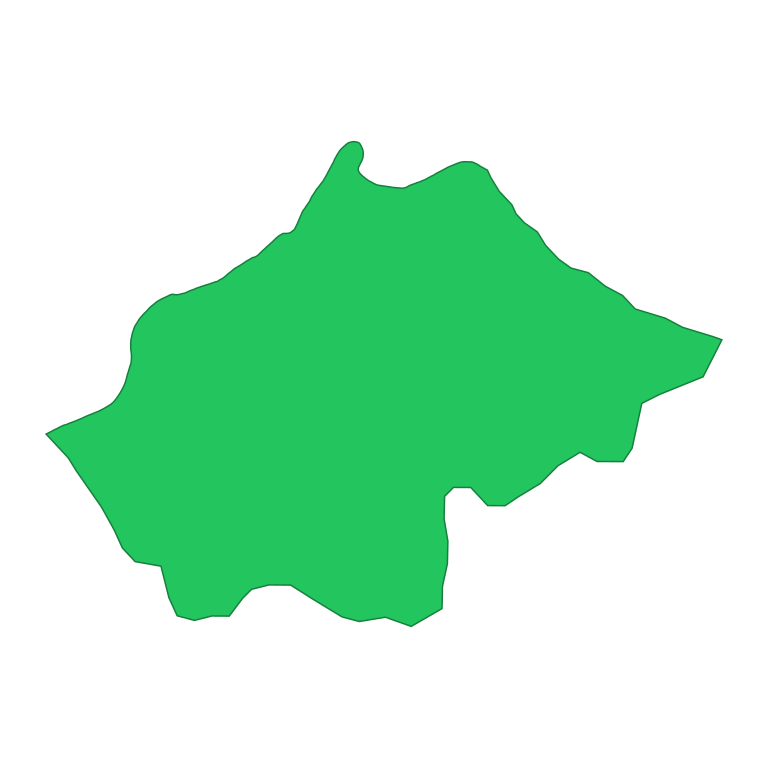 Sakju, P'yŏngan-bukto, North Korea (Robinson projection)
{"feature_id": "82179303B80718033581165", "entity_name": "Sakju", "entity_type": "district", "adm_level": 2, "iso_a3": "PRK", "parent_name": "North Korea", "parent_adm1": "P'yŏngan-bukto", "projection": "robinson", "projection_center": [124.843, 40.331], "detail": "fine", "context": "isolated", "style": "filled", "palette": "green", "viewbox_px": 768, "rotation_deg": 0, "n_neighbors": 0, "source": "geoboundaries", "source_scale": "gbopen_adm2", "svg_char_len": 6092}
<svg xmlns="http://www.w3.org/2000/svg" viewBox="0 0 768 768"><path d="M487.4,170.1L486.5,169.7L485.2,169.0L483.9,168.2L482.5,167.5L481.1,166.8L480.2,166.2L479.4,165.6L478.4,164.9L477.4,164.3L475.9,163.6L474.7,163.0L473.5,162.5L472.5,162.1L471.3,161.9L469.8,161.9L468.7,161.8L467.1,161.8L465.7,161.7L463.1,161.8L461.9,162.0L460.6,162.2L459.5,162.6L455.8,163.9L454.6,164.5L453.3,165.0L451.9,165.6L449.6,166.5L448.5,167.0L447.5,167.4L446.2,168.2L444.7,169.0L443.6,169.6L442.1,170.4L440.9,171.0L439.6,171.7L438.4,172.3L437.2,172.9L435.9,173.7L434.5,174.6L432.8,175.5L430.5,176.6L429.7,177.1L428.5,177.7L425.9,179.2L424.6,179.8L423.3,180.3L422.0,180.9L420.7,181.4L419.3,182.0L416.7,182.8L415.5,183.3L414.3,183.8L413.1,184.1L409.6,185.5L408.3,186.2L407.1,186.9L405.7,187.5L404.3,188.0L402.8,188.1L401.4,188.2L399.8,188.0L397.1,187.8L392.1,187.3L390.5,187.0L387.9,186.6L386.5,186.4L384.8,186.2L382.9,185.9L381.6,185.7L380.1,185.5L378.5,185.2L377.2,185.0L375.8,184.4L374.1,183.6L372.6,182.8L371.4,182.1L369.9,181.4L368.6,180.6L367.5,179.8L366.5,179.2L365.4,178.4L364.3,177.4L363.2,176.6L362.2,175.7L361.3,174.8L360.3,173.8L359.6,173.0L359.1,172.2L358.6,171.2L358.3,170.1L358.3,168.7L358.5,167.3L359.5,165.4L360.0,164.3L360.5,163.2L361.3,161.9L361.8,160.7L362.2,159.8L362.6,158.7L362.9,157.7L363.1,156.4L363.2,155.0L363.3,153.7L363.2,152.4L363.1,151.3L362.8,150.1L362.5,148.9L361.6,147.0L361.1,145.9L360.6,144.9L360.0,143.9L359.3,143.2L358.3,142.5L357.5,142.2L356.5,142.0L354.1,141.6L353.0,141.6L351.9,141.9L350.8,142.1L350.0,142.3L349.1,142.6L348.1,143.0L347.4,143.5L345.8,144.7L345.1,145.4L344.3,146.1L343.4,146.8L342.6,147.7L341.8,148.4L341.1,149.1L340.3,150.0L339.5,151.0L338.8,152.1L337.2,154.6L336.6,155.7L336.0,156.9L335.3,158.0L334.6,159.3L334.1,160.5L333.5,162.1L332.7,163.4L332.0,164.7L331.2,166.2L330.7,167.3L330.1,168.2L329.4,169.5L328.7,170.9L327.9,172.3L327.3,173.6L326.6,175.0L325.8,176.3L325.1,177.6L324.3,178.9L323.6,180.1L322.8,181.4L322.0,182.5L321.0,183.6L320.3,184.6L319.6,185.5L318.8,186.6L317.9,187.8L317.0,188.8L316.3,189.7L315.6,190.8L314.8,192.1L313.4,194.3L312.6,195.4L311.9,196.5L311.2,197.8L310.6,199.0L310.1,200.1L309.5,201.4L308.7,202.6L307.9,203.7L307.0,205.0L305.6,207.1L304.8,208.4L303.6,209.9L302.6,211.3L302.1,212.5L301.5,213.8L301.0,215.0L300.3,216.5L299.8,217.8L299.2,219.2L298.5,220.8L297.6,223.0L297.2,224.0L296.2,225.9L295.7,227.1L295.1,228.1L294.6,229.1L294.0,229.8L293.2,230.5L292.5,231.0L291.7,231.6L291.1,232.1L290.4,232.6L289.7,232.9L289.0,233.1L288.2,233.3L286.1,233.4L284.7,233.4L283.5,233.5L282.5,233.7L281.7,234.2L279.7,235.4L278.7,236.1L277.6,236.9L276.7,237.7L275.4,238.8L274.4,239.9L273.4,240.8L272.3,241.9L271.1,242.9L270.0,244.0L268.7,245.1L267.6,246.1L266.3,247.2L265.3,248.3L263.1,250.2L260.7,252.5L259.6,253.6L258.3,254.9L257.1,255.8L256.0,256.5L255.0,257.0L254.1,257.3L253.1,257.4L251.9,258.0L250.7,258.7L249.3,259.5L248.3,260.1L247.0,260.8L245.8,261.5L244.7,262.3L243.5,263.1L242.2,264.0L239.7,265.6L238.5,266.3L237.2,267.1L236.0,267.8L235.0,268.3L232.9,269.9L232.1,270.6L230.2,272.2L229.2,272.9L228.4,273.5L227.7,274.1L227.0,274.9L226.0,275.7L225.0,276.6L224.0,277.3L223.0,278.1L222.0,278.7L220.8,279.3L219.6,279.9L218.6,280.6L217.2,281.5L216.2,281.7L214.9,282.0L213.4,282.6L211.5,283.2L209.7,283.9L207.9,284.4L206.0,285.0L204.1,285.6L202.7,286.1L201.1,286.6L199.4,287.2L197.4,287.9L196.1,288.3L194.5,289.1L192.6,289.8L190.9,290.4L189.4,291.0L187.9,291.7L186.6,292.3L184.8,293.1L183.2,293.4L180.5,294.1L179.2,294.4L178.2,294.6L177.1,294.7L176.1,294.7L175.1,294.6L173.1,294.4L172.5,294.3L171.9,294.3L170.4,294.8L169.3,295.3L168.1,295.9L167.5,296.2L164.6,297.6L162.9,298.3L161.6,299.0L160.1,299.8L158.9,300.5L157.9,301.0L156.9,301.7L155.8,302.6L154.8,303.4L154.0,304.1L153.0,304.9L152.1,305.6L151.3,306.3L150.3,307.1L149.4,308.0L148.6,308.8L147.8,309.8L147.1,310.6L146.2,311.5L145.3,312.5L144.3,313.3L143.5,314.2L142.8,315.0L142.1,315.8L141.4,316.6L140.6,317.5L139.9,318.3L139.3,319.2L138.5,320.3L138.0,321.2L137.3,322.3L137.0,323.0L136.3,323.8L135.7,324.9L134.9,326.1L134.5,327.1L134.1,328.1L133.7,329.2L133.3,330.6L132.9,331.8L132.4,333.1L132.1,334.4L131.8,336.1L131.6,337.1L131.2,338.4L131.0,339.6L130.9,340.8L130.8,342.2L130.7,343.8L130.7,345.6L130.7,347.3L130.8,348.9L130.9,350.4L131.1,351.5L131.3,353.1L131.4,354.9L131.5,357.1L131.4,358.8L131.3,360.6L131.2,361.8L131.1,362.5L130.5,364.7L129.7,366.9L129.5,367.8L129.3,368.5L129.1,369.2L128.7,370.4L128.0,372.8L127.6,373.8L127.3,374.8L127.1,375.9L126.8,377.0L126.5,378.1L126.2,379.2L125.9,380.6L125.6,381.5L125.3,382.4L124.8,383.6L124.4,384.6L124.0,385.6L123.6,386.3L123.3,387.1L122.8,388.1L122.3,389.0L121.3,390.9L120.3,392.5L119.9,393.3L119.2,394.2L118.6,395.2L118.1,396.1L117.4,397.0L116.2,398.7L115.5,399.5L114.9,400.4L114.3,401.0L113.6,401.8L112.9,402.6L112.2,403.1L111.5,403.7L110.6,404.5L109.7,405.0L108.8,405.6L106.7,406.9L105.6,407.5L104.6,408.1L103.5,408.7L102.6,409.2L101.6,409.7L100.5,410.3L99.4,410.8L98.6,411.2L96.2,412.2L95.1,412.6L92.3,413.8L89.4,414.9L88.3,415.4L87.0,415.9L83.7,417.4L82.7,417.9L80.4,418.9L79.1,419.4L77.9,419.9L76.7,420.5L74.3,421.4L72.8,422.0L71.2,422.6L69.8,423.1L68.5,423.6L67.3,424.1L66.4,424.5L65.5,424.8L64.5,425.0L63.5,425.3L62.1,426.0L61.0,426.5L60.1,426.9L59.1,427.4L58.0,428.0L57.0,428.6L55.1,429.4L54.1,430.0L52.6,430.7L51.4,431.4L50.1,432.1L48.8,432.7L47.5,433.4L46.1,434.1L68.2,457.8L76.6,471.3L101.7,507.4L114.2,530.0L122.4,548.0L135.1,561.6L161.0,566.2L168.9,597.7L177.2,615.8L194.4,620.4L211.9,616.0L229.2,616.1L242.7,598.2L251.6,589.3L269.0,584.9L290.7,585.1L312.1,598.7L342.0,616.9L359.3,621.5L385.4,617.2L411.2,626.4L442.0,608.6L442.5,586.2L447.4,563.7L447.9,541.3L444.1,518.8L444.6,496.3L453.5,487.4L470.8,487.5L487.7,505.6L505.1,505.7L518.3,496.8L540.3,483.5L558.0,465.7L580.0,452.3L597.1,461.5L623.2,461.6L632.1,448.2L641.8,403.4L659.4,394.5L703.1,376.8L721.9,339.8L712.6,336.5L682.5,327.3L665.4,318.2L635.2,309.0L622.5,295.4L605.4,286.3L588.4,272.7L571.1,268.1L558.4,259.0L545.7,245.5L537.3,231.9L524.5,222.9L516.0,213.8L511.9,204.8L499.2,191.3L490.9,177.7L487.4,170.1Z" fill="#22c55e" stroke="#15803d" stroke-width="1.5"/></svg>